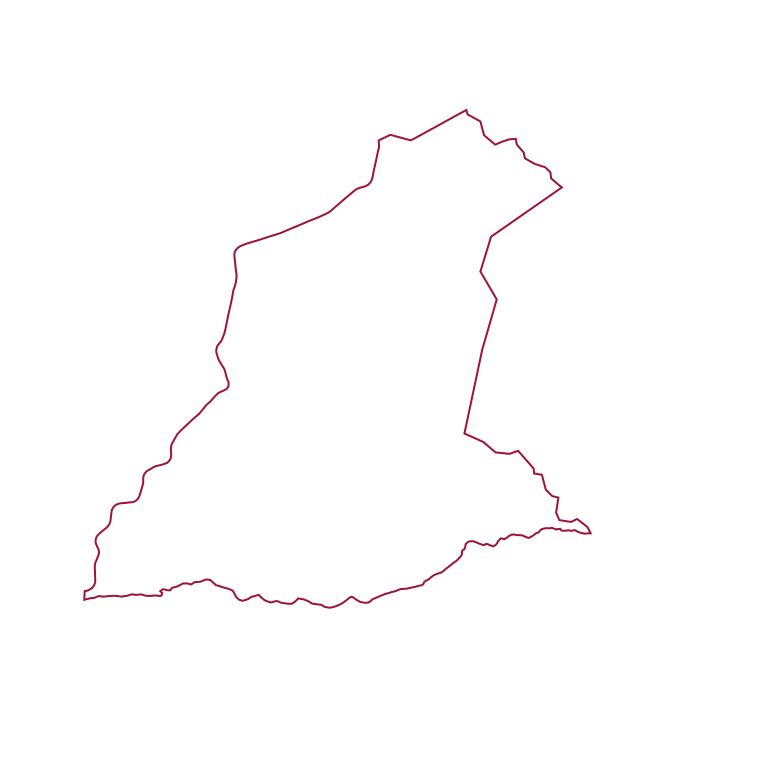 Cardona, Soriano, Uruguay, rotated 105°
{"feature_id": "84410073B72451431142399", "entity_name": "Cardona", "entity_type": "district", "adm_level": 2, "iso_a3": "URY", "parent_name": "Uruguay", "parent_adm1": "Soriano", "projection": "albers", "projection_center": [-57.207, -33.843], "detail": "fine", "context": "isolated", "style": "outline", "palette": "rose", "viewbox_px": 768, "rotation_deg": 105, "n_neighbors": 0, "source": "geoboundaries", "source_scale": "gbopen_adm2", "svg_char_len": 5169}
<svg xmlns="http://www.w3.org/2000/svg" viewBox="0 0 768 768"><g transform="rotate(105 384 384)"><path d="M402.7,550.5L404.5,548.9L406.9,546.4L410.2,542.8L410.5,542.4L414.0,540.1L418.0,538.0L422.5,534.6L426.3,533.6L429.4,534.6L432.4,537.9L435.4,541.6L440.0,544.3L445.5,547.0L450.6,550.4L456.0,552.7L460.5,554.8L467.8,559.7L475.0,564.2L481.3,568.1L486.0,570.6L491.5,572.1L497.5,573.6L502.5,573.0L506.7,571.4L509.2,570.9L511.5,570.9L513.1,571.3L514.8,572.1L516.4,573.2L517.6,574.8L519.6,578.0L522.5,583.2L522.9,583.8L523.8,585.0L526.3,587.3L528.5,589.5L529.7,590.6L531.2,591.5L533.0,592.1L534.6,592.4L535.6,592.4L536.5,592.3L538.9,591.8L541.0,591.2L542.8,590.9L547.7,591.0L554.9,591.2L556.3,591.4L557.8,591.7L558.7,592.1L560.0,592.8L561.1,593.6L562.0,594.5L562.6,595.3L563.2,596.2L564.1,598.8L566.0,603.5L567.2,607.1L568.3,609.3L569.3,610.7L570.6,612.1L571.7,612.8L573.3,613.6L575.9,614.2L577.0,614.2L578.1,614.1L581.8,613.6L586.0,612.9L588.3,612.7L590.5,613.0L592.2,613.6L593.9,614.4L599.9,618.7L602.8,620.7L604.1,621.4L605.5,621.9L607.2,622.2L609.0,622.2L611.2,621.7L613.2,620.7L616.2,618.2L617.8,616.9L619.6,616.0L620.9,615.6L622.2,615.5L624.4,615.6L626.7,615.9L631.0,616.5L632.7,616.6L634.4,616.3L637.4,615.5L641.8,614.1L646.3,612.7L650.3,611.6L652.9,611.8L654.4,612.2L655.8,612.7L657.4,613.8L659.1,615.6L659.9,616.5L660.8,617.7L661.4,619.5L670.0,617.7L667.3,612.9L665.5,608.4L662.8,605.0L661.9,599.6L660.1,595.1L658.6,590.6L657.7,586.3L657.4,582.7L655.0,577.3L652.3,573.0L652.0,569.4L650.1,564.0L650.2,559.4L649.2,554.9L647.3,549.8L647.1,547.1L646.2,544.3L643.5,544.0L642.0,546.5L639.3,544.3L639.3,540.4L638.7,537.1L635.7,535.9L633.3,531.6L628.7,526.5L627.5,522.0L627.5,518.4L624.2,515.3L622.7,510.5L618.8,505.1L618.2,501.1L619.6,498.5L621.8,494.2L621.8,490.0L622.1,485.7L622.1,480.9L622.7,476.7L625.5,473.9L628.2,471.5L629.9,468.0L630.0,464.3L627.0,459.7L624.0,457.0L621.9,453.4L620.0,450.4L621.9,447.4L623.7,443.4L624.3,439.2L624.3,436.5L621.3,431.6L621.9,426.2L621.3,421.4L620.3,416.3L617.1,413.5L613.4,411.4L612.8,405.9L613.4,400.8L614.7,396.6L614.1,391.7L613.5,387.5L614.7,383.3L614.1,378.3L613.1,376.3L611.7,373.8L608.2,369.2L605.6,366.7L601.2,363.3L599.2,362.0L598.1,360.5L597.8,359.0L598.5,357.5L599.6,354.7L600.7,350.4L600.2,345.2L598.7,341.9L594.7,339.1L590.2,333.4L586.3,328.2L584.8,325.5L583.0,322.8L581.5,319.9L579.5,317.2L577.8,315.0L577.0,312.7L576.0,309.5L572.7,303.1L571.5,300.7L570.0,298.4L568.8,295.8L567.2,294.2L565.2,294.1L563.7,293.1L561.0,290.2L556.7,287.2L554.5,284.8L553.0,282.6L551.9,281.0L551.0,279.6L549.0,278.0L546.9,276.7L541.6,272.6L538.7,270.5L536.2,268.4L532.2,266.0L530.0,265.0L528.0,264.7L527.0,265.0L525.8,265.3L524.1,265.0L522.9,263.7L520.8,263.3L517.6,263.7L515.5,262.5L514.3,261.4L513.7,260.1L512.8,257.4L512.9,255.5L513.1,253.7L513.5,251.1L513.7,248.4L513.9,246.3L513.6,245.3L512.6,244.8L512.1,244.1L511.9,242.3L512.2,240.0L512.6,236.7L511.9,235.7L510.3,234.3L508.5,233.5L506.7,233.3L505.0,232.3L503.5,231.8L502.9,231.3L502.7,229.5L502.9,227.8L501.6,226.3L500.1,225.1L498.2,223.8L497.2,222.5L496.5,221.8L496.3,220.9L495.9,220.2L495.6,218.1L495.8,216.8L495.3,216.1L495.1,214.6L494.3,210.9L494.9,209.6L494.8,207.5L495.2,206.6L495.2,204.8L494.8,203.7L491.8,200.7L489.1,198.8L487.0,195.9L485.9,195.6L484.7,195.1L483.2,193.9L481.4,190.4L480.8,188.3L480.5,186.3L479.5,184.9L479.7,181.9L480.0,179.9L479.0,178.5L478.3,176.1L479.5,174.9L479.4,173.0L478.6,170.2L477.5,168.2L477.5,165.7L477.1,164.4L476.1,162.9L475.8,161.8L476.7,157.8L476.9,156.1L476.6,153.8L476.8,152.1L474.7,145.8L469.4,150.6L464.4,162.6L468.8,167.5L470.1,179.4L463.6,184.5L448.6,186.1L448.7,192.4L444.3,200.3L430.8,208.0L431.6,215.8L426.8,217.7L413.8,237.2L419.0,244.7L421.2,258.6L414.3,273.1L411.0,293.5L325.5,298.0L273.1,297.0L250.4,320.0L214.0,318.7L148.1,263.1L146.3,267.2L142.1,275.8L136.3,278.1L132.9,284.5L132.4,295.4L129.5,306.4L124.4,308.8L118.3,317.7L113.1,320.2L115.4,326.6L118.8,331.8L124.0,338.5L117.8,351.8L105.4,358.9L102.0,373.0L98.0,375.4L141.7,421.0L141.7,442.4L150.1,452.2L154.7,450.6L155.1,450.4L155.4,450.4L155.8,450.4L156.2,450.3L156.6,450.2L156.9,450.1L157.2,450.0L157.5,450.0L159.5,450.1L161.5,450.0L170.7,449.5L171.7,449.5L175.6,449.3L176.0,449.3L178.4,449.2L179.6,449.1L181.9,449.0L182.7,448.9L186.5,448.6L187.9,448.5L189.0,448.6L189.8,448.6L191.0,448.8L192.4,449.2L193.6,449.7L194.7,450.3L195.6,451.0L196.7,452.0L197.6,452.9L198.0,453.6L198.4,454.2L199.3,455.6L200.2,457.2L200.8,458.2L201.3,459.1L202.1,460.0L202.7,460.7L203.5,461.6L204.4,462.2L205.8,463.2L214.2,469.2L224.6,476.2L231.1,480.6L233.1,482.3L235.0,484.5L240.1,490.7L246.7,499.6L254.1,509.0L260.3,517.1L264.9,522.8L266.8,525.8L271.0,532.5L277.8,543.0L284.1,553.2L287.0,557.2L288.5,558.9L290.3,560.5L292.3,561.5L294.1,562.1L296.0,562.3L297.7,562.1L299.7,561.4L302.8,560.2L306.7,558.7L311.2,557.0L315.3,555.3L318.3,554.3L321.1,553.7L324.0,553.4L327.3,553.4L333.1,553.7L340.9,553.0L349.1,552.6L354.8,552.4L364.0,551.9L370.5,551.5L373.8,551.3L376.1,551.3L377.4,551.4L381.8,551.9L383.5,552.1L384.9,552.5L386.1,553.0L386.9,553.4L388.7,554.2L390.4,554.8L393.8,554.9L395.0,554.7L396.2,554.4L397.2,553.9L398.4,553.2L402.7,550.5Z" fill="none" stroke="#9f1239" stroke-width="2"/></g></svg>